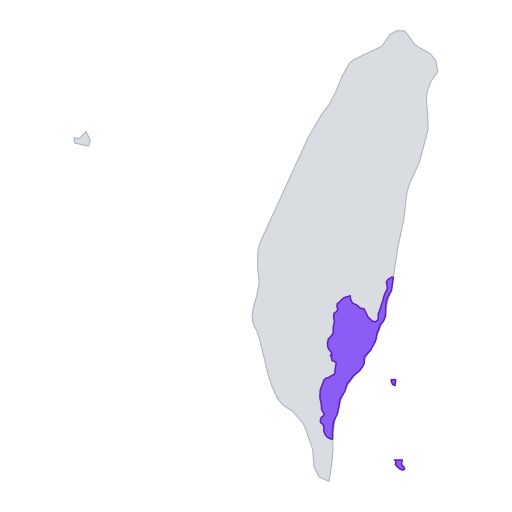 Taitung on a map of Taiwan (Equal Earth projection)
{"feature_id": "TWN-1177", "entity_name": "Taitung", "entity_type": "County", "adm_level": 1, "iso_a3": "TWN", "parent_name": "Taiwan", "parent_adm1": "", "projection": "equal_earth", "projection_center": [121.163, 22.723], "detail": "fine", "context": "in_parent", "style": "filled", "palette": "violet", "viewbox_px": 512, "rotation_deg": 0, "n_neighbors": 0, "source": "natural_earth", "source_scale": "10m", "svg_char_len": 2874}
<svg xmlns="http://www.w3.org/2000/svg" viewBox="0 0 512 512"><path d="M346.0,387.3L339.8,403.1L334.8,419.9L332.8,435.7L332.9,452.0L331.4,466.7L329.0,481.3L319.2,477.1L313.9,466.7L312.7,449.5L305.6,428.9L302.9,423.0L292.7,411.4L283.5,405.6L276.3,397.1L277.2,397.8L272.0,386.4L268.0,374.1L259.7,339.5L256.9,331.1L253.1,323.5L252.0,315.9L253.3,307.5L256.9,295.0L259.2,282.4L257.4,265.2L258.2,248.2L260.9,240.7L308.2,137.5L321.0,115.5L328.9,104.8L335.4,92.7L341.7,77.3L349.3,63.3L354.8,59.0L381.7,46.4L390.1,34.4L396.9,30.7L404.5,30.9L409.4,36.7L413.8,43.4L418.4,47.1L430.4,53.7L435.6,60.2L438.0,71.2L430.8,81.7L427.2,91.2L426.5,101.6L427.8,115.8L428.0,130.0L419.0,163.4L409.2,184.2L406.6,194.5L403.7,220.3L398.0,246.2L393.1,279.0L385.1,312.9L380.6,327.0L374.9,340.6L361.4,366.3L346.0,387.3ZM86.0,131.6L90.4,140.5L88.5,146.1L74.7,143.1L74.0,137.7L79.2,138.7L86.0,131.6Z" fill="#d9dde1" stroke="#a8b0b8" stroke-width="1"/><path d="M393.3,277.5L391.6,289.9L390.7,292.2L388.0,296.6L387.0,298.9L386.2,301.8L385.7,307.2L385.7,312.0L385.4,316.5L383.5,321.2L382.7,322.2L380.9,323.8L380.1,324.9L379.7,326.0L379.0,328.7L377.2,332.7L376.1,338.8L375.3,341.6L371.4,348.6L370.9,349.9L365.6,355.5L364.3,357.3L364.1,358.5L364.4,361.5L364.3,362.8L363.8,364.3L363.0,366.0L361.2,368.8L359.4,370.9L353.2,376.0L349.1,381.6L348.1,382.3L347.3,383.6L345.3,390.0L344.3,392.3L341.2,397.1L339.9,399.9L339.2,405.8L337.4,413.7L333.7,421.7L333.2,424.4L332.5,432.0L332.6,439.0L330.9,439.1L327.0,436.9L325.2,434.6L324.0,431.8L323.8,428.9L323.8,426.2L322.6,424.1L321.3,423.3L320.3,421.4L320.5,419.3L321.3,417.4L323.3,415.9L324.3,414.1L322.5,411.4L321.5,409.1L321.5,406.5L321.1,403.2L320.4,400.3L319.9,397.2L320.2,390.2L321.4,386.7L322.8,383.5L323.7,380.4L325.8,378.3L328.7,377.5L330.5,376.2L334.3,374.3L335.0,371.9L335.1,369.5L336.2,363.0L334.0,361.2L332.0,360.6L331.7,358.3L330.4,355.2L331.9,355.0L331.4,352.6L329.1,349.6L327.9,347.5L327.4,343.6L328.3,339.0L331.6,335.6L333.2,332.8L333.2,327.5L334.4,321.3L333.6,316.7L333.9,313.4L336.7,311.5L337.8,309.2L336.9,306.4L337.2,303.7L340.2,301.4L341.7,299.5L344.2,297.6L350.2,295.8L350.6,299.3L352.5,303.1L355.5,304.4L357.8,305.7L359.7,308.0L362.2,308.4L364.3,309.1L367.8,316.7L372.3,321.2L375.4,321.8L377.9,320.0L378.3,317.1L378.2,313.9L379.4,311.1L381.3,304.9L382.7,301.2L383.6,297.3L384.6,294.2L385.9,291.7L387.3,288.5L387.1,285.3L386.4,282.0L387.9,279.5L392.0,277.0L393.3,277.5ZM401.9,465.1L403.7,466.8L404.5,468.0L404.4,469.3L402.3,470.1L399.5,468.7L396.9,466.4L395.4,464.6L395.8,463.3L395.8,462.1L395.4,461.0L394.7,460.0L402.2,460.0L402.2,460.9L402.1,461.4L401.7,462.5L401.6,463.9L401.9,465.1ZM391.5,382.1L391.0,380.1L391.2,379.8L395.0,379.5L395.5,379.8L395.7,380.7L395.4,382.5L395.1,383.3L395.0,384.1L395.1,384.9L395.1,385.4L394.8,385.3L394.1,385.3L393.8,385.2L393.6,384.9L392.6,384.4L391.5,382.1Z" fill="#8b5cf6" stroke="#5b21b6" stroke-width="1.5"/></svg>